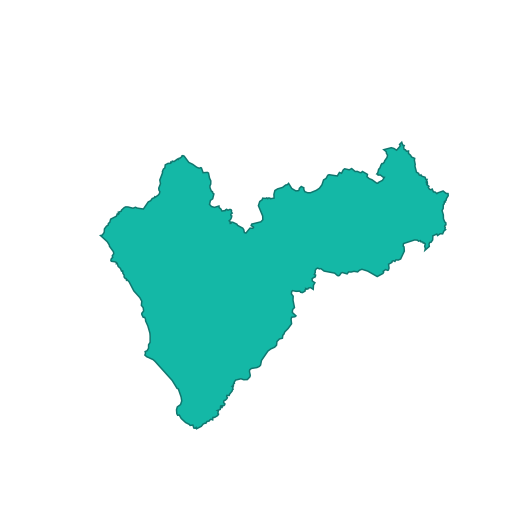 the district of Garut, Jawa Barat, Indonesia, rotated 35°
{"feature_id": "22746128B66421464971893", "entity_name": "Garut", "entity_type": "district", "adm_level": 2, "iso_a3": "IDN", "parent_name": "Indonesia", "parent_adm1": "Jawa Barat", "projection": "robinson", "projection_center": [107.848, -7.343], "detail": "fine", "context": "isolated", "style": "filled", "palette": "teal", "viewbox_px": 512, "rotation_deg": 35, "n_neighbors": 0, "source": "geoboundaries", "source_scale": "gbopen_adm2", "svg_char_len": 6124}
<svg xmlns="http://www.w3.org/2000/svg" viewBox="0 0 512 512"><g transform="rotate(35 256 256)"><path d="M229.1,213.4L238.5,219.4L240.8,222.4L240.4,225.2L234.2,232.3L234.6,233.9L237.3,233.7L237.7,234.2L237.3,235.3L235.1,236.6L234.6,243.0L233.0,243.5L230.9,241.5L229.1,240.8L223.3,241.5L222.1,240.9L217.5,241.7L216.6,242.3L216.8,243.5L216.2,244.1L215.2,242.8L213.8,242.6L214.2,240.8L213.9,238.8L213.2,237.1L212.4,237.3L211.4,236.3L211.9,234.5L210.5,234.0L209.9,232.8L209.0,232.4L207.9,232.8L206.8,234.6L205.1,234.6L204.6,235.8L204.9,236.3L202.3,238.7L200.1,237.6L198.1,237.5L197.0,236.3L194.1,240.0L191.1,241.0L188.3,240.4L186.8,236.6L187.7,234.0L185.9,229.3L184.9,229.4L183.3,228.2L182.6,228.7L179.2,226.5L178.0,225.0L177.7,223.1L175.9,220.4L173.3,218.9L169.5,215.3L168.2,215.4L164.9,218.1L160.8,215.2L160.1,215.3L159.1,216.7L156.5,217.3L151.5,217.2L147.3,217.9L139.9,215.4L138.5,215.7L137.9,216.5L138.3,217.0L137.7,219.3L136.9,220.0L136.9,221.5L136.1,221.5L134.7,225.6L133.0,226.3L133.1,227.8L132.3,228.0L132.8,229.1L130.8,230.6L129.4,233.4L130.8,236.1L130.3,238.0L131.0,240.8L131.7,241.3L133.6,248.9L136.3,251.6L137.4,256.2L138.7,257.7L140.4,258.5L141.1,260.3L141.0,262.2L139.8,265.5L139.1,265.5L139.2,266.8L138.0,268.4L138.0,271.1L136.7,273.5L136.8,282.1L131.2,284.9L129.3,285.2L127.9,287.4L123.1,289.2L121.1,290.5L120.3,291.9L119.5,295.6L119.9,296.7L118.1,299.1L119.5,299.8L119.3,300.9L118.2,301.0L118.8,303.5L115.8,309.2L116.9,312.2L116.4,314.0L117.2,315.5L116.4,317.3L116.3,320.7L118.1,323.7L118.1,327.0L116.9,328.4L125.9,329.6L129.5,331.1L130.4,332.1L136.8,334.3L138.2,335.8L138.1,338.2L139.5,339.5L139.0,340.9L139.5,342.7L140.5,343.3L143.9,341.6L145.4,341.4L146.0,342.4L146.6,341.7L149.1,343.6L152.0,343.9L154.5,345.5L155.3,344.7L157.0,346.6L159.0,347.3L159.9,348.8L161.7,349.4L162.6,349.0L163.8,350.1L164.1,349.4L166.8,349.9L176.0,354.7L184.7,356.7L188.4,358.6L190.4,362.2L193.2,363.0L195.5,365.5L195.3,368.4L196.1,369.5L198.8,370.9L200.0,370.1L201.8,371.2L202.8,372.5L207.5,375.3L213.3,380.0L215.2,382.3L218.8,387.5L218.9,390.3L220.9,393.2L221.1,396.1L220.0,397.9L221.2,398.9L221.8,400.9L224.2,401.2L231.2,399.9L233.6,400.2L258.7,406.0L267.2,409.7L268.6,409.4L275.5,414.4L278.3,417.3L279.4,421.0L278.1,424.8L279.1,427.6L281.6,430.6L283.2,431.4L284.4,430.3L287.9,432.0L293.9,432.8L298.0,432.2L299.2,432.6L301.3,430.7L303.7,432.6L305.0,432.0L305.3,430.8L306.4,431.6L308.9,426.9L309.1,423.9L310.1,422.2L310.9,421.8L310.7,419.8L312.3,418.0L312.3,416.4L312.8,415.5L314.5,415.1L313.3,412.9L314.7,411.9L316.1,408.7L316.0,407.0L315.1,406.9L313.9,404.4L313.1,404.6L314.7,402.2L313.1,399.2L313.8,398.9L314.3,400.0L315.0,399.8L315.0,398.9L314.1,398.1L315.4,397.1L315.7,396.0L315.4,395.0L313.6,394.7L313.0,393.6L312.8,392.6L313.6,391.7L314.0,389.4L313.7,388.3L312.7,388.1L312.1,386.9L314.0,385.6L313.6,384.2L313.9,380.3L313.4,379.3L313.7,378.4L312.4,377.3L312.3,376.2L311.2,376.4L311.7,374.9L311.0,374.0L311.3,372.6L310.5,372.0L310.5,369.3L314.1,365.2L316.9,364.4L319.8,362.2L320.3,358.4L319.7,357.0L316.9,354.4L316.1,352.8L316.8,350.7L320.8,346.8L322.1,344.5L322.3,342.7L320.4,338.4L320.3,327.0L321.4,323.7L323.6,320.0L324.0,317.3L322.2,314.1L322.8,310.5L324.8,308.2L323.4,305.5L323.7,304.2L323.1,301.7L323.9,297.1L324.0,291.1L321.0,287.7L320.3,285.7L322.7,283.5L323.1,282.1L318.1,281.4L316.7,278.8L317.1,276.2L311.6,270.9L309.5,267.6L306.8,266.8L305.6,264.7L305.8,263.4L309.2,261.9L312.0,259.7L313.4,260.1L315.0,259.4L316.3,256.6L315.6,255.5L316.1,254.7L315.4,254.1L317.4,253.4L317.3,252.2L318.8,250.6L322.0,250.5L319.8,246.9L319.6,244.1L316.5,244.2L315.0,242.5L315.9,239.8L316.4,239.7L316.2,238.2L315.7,237.4L314.4,237.7L314.0,235.5L312.8,234.0L312.7,231.9L313.4,230.5L315.3,230.2L316.4,229.1L320.4,229.3L330.3,224.9L334.0,225.3L335.0,224.8L335.5,224.0L335.5,221.1L336.2,220.0L340.9,218.4L341.0,215.9L343.1,214.6L345.0,212.4L348.4,210.7L348.9,208.3L350.4,206.1L356.1,204.3L367.1,203.3L370.0,197.5L369.9,196.2L369.0,195.6L370.0,192.7L372.0,192.3L372.5,191.6L371.9,189.6L369.3,186.7L371.0,183.3L370.5,182.2L371.5,180.9L372.9,180.8L372.9,178.8L374.8,177.8L376.2,175.5L374.7,166.9L372.0,163.6L370.8,163.4L369.7,161.2L376.7,151.9L379.0,150.5L380.7,150.6L381.9,149.1L382.9,149.8L384.7,148.9L385.6,149.5L386.3,148.8L387.7,149.0L388.6,151.3L390.4,152.7L391.1,154.4L392.5,148.8L390.9,147.0L390.5,145.3L391.5,144.3L391.5,141.5L389.3,138.0L391.5,134.3L393.0,135.1L394.1,132.1L396.2,130.8L395.6,127.9L396.2,125.6L395.1,125.4L394.6,124.0L393.6,123.6L393.2,122.6L393.7,121.5L392.4,119.9L391.2,119.9L388.2,118.0L385.9,114.9L382.3,112.0L382.1,109.8L380.0,106.5L380.3,105.5L379.6,104.2L380.0,103.3L379.2,103.2L379.8,101.5L379.0,99.5L378.9,96.4L377.5,94.7L375.7,95.7L372.0,95.4L368.7,100.0L368.4,101.1L366.0,100.9L364.6,101.7L361.9,100.1L361.3,101.4L359.8,101.8L357.8,101.0L357.7,99.7L355.0,99.6L355.1,98.6L354.4,97.8L353.8,98.4L353.0,97.8L353.5,96.9L352.4,96.2L352.2,95.2L351.2,95.9L349.3,94.5L346.1,95.5L344.6,94.9L344.3,95.8L343.1,96.0L341.8,95.0L339.4,95.3L334.6,91.2L333.9,89.7L330.8,86.7L330.0,85.0L326.7,85.7L324.8,84.8L322.1,84.5L320.7,82.5L319.2,83.9L317.5,83.3L316.2,83.7L314.4,82.1L314.1,80.5L312.4,80.9L310.1,79.2L309.6,82.3L311.1,83.0L310.5,88.7L307.3,88.8L304.7,89.7L299.7,95.6L302.8,95.8L304.1,97.2L305.8,97.8L306.8,100.0L306.8,104.2L307.3,105.8L306.9,107.5L306.1,108.1L306.2,109.8L307.0,112.8L306.7,114.6L308.0,117.9L307.9,119.5L309.1,119.2L309.6,119.7L311.5,118.3L315.2,118.5L316.0,118.0L316.2,121.5L314.0,125.7L314.1,126.5L313.2,127.1L307.2,127.0L304.4,127.7L301.4,127.4L300.5,125.2L294.7,125.7L294.3,127.4L293.4,128.0L290.4,128.6L288.8,129.9L284.2,129.5L283.0,131.9L278.6,133.7L278.1,135.3L278.6,139.2L276.4,139.7L276.7,143.8L269.2,147.5L268.5,148.7L268.9,152.3L267.7,154.9L269.2,159.8L269.1,164.1L267.7,167.7L264.3,173.0L262.0,174.6L259.0,175.3L256.8,173.9L256.1,172.7L253.2,173.1L252.7,175.7L253.4,177.1L253.2,178.2L251.3,179.8L246.6,180.2L241.0,177.8L240.8,179.6L239.6,180.8L238.4,184.6L235.2,188.6L233.9,191.5L235.3,195.2L237.6,198.2L235.0,200.8L234.1,200.6L232.9,201.4L232.7,202.3L231.5,202.2L231.0,203.2L228.3,204.8L228.8,206.3L227.8,209.2L229.1,213.4Z" fill="#14b8a6" stroke="#0f766e" stroke-width="1.5"/></g></svg>